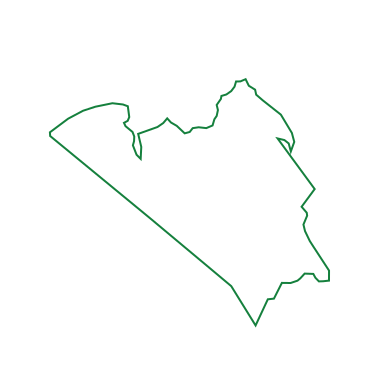 Três Cachoeiras, Rio Grande do Sul, Brazil, rotated 100°
{"feature_id": "56859067B71322436842638", "entity_name": "Três Cachoeiras", "entity_type": "district", "adm_level": 2, "iso_a3": "BRA", "parent_name": "Brazil", "parent_adm1": "Rio Grande do Sul", "projection": "equal_earth", "projection_center": [-49.987, -29.489], "detail": "fine", "context": "isolated", "style": "outline", "palette": "green", "viewbox_px": 384, "rotation_deg": 100, "n_neighbors": 0, "source": "geoboundaries", "source_scale": "gbopen_adm2", "svg_char_len": 1105}
<svg xmlns="http://www.w3.org/2000/svg" viewBox="0 0 384 384"><g transform="rotate(100 192 192)"><path d="M312.4,106.2L284.5,98.7L282.8,92.8L265.9,87.7L264.5,79.1L261.0,72.7L258.3,70.4L252.8,66.9L251.6,58.3L255.0,55.6L258.0,51.5L257.1,47.3L255.5,41.7L245.6,43.4L224.9,62.8L219.8,67.5L210.9,73.9L204.7,76.6L195.3,74.5L192.5,75.4L187.5,81.5L167.8,71.7L127.2,114.1L124.4,117.0L124.8,110.0L127.4,105.2L134.9,101.7L124.9,100.0L116.5,103.9L100.4,117.9L89.4,138.3L85.0,145.7L80.3,147.6L77.5,154.5L71.6,158.8L74.7,163.6L75.5,167.8L80.9,168.4L85.8,170.9L90.0,175.1L92.3,179.7L95.3,179.7L102.0,182.8L106.8,180.7L112.8,180.9L116.5,182.6L122.9,183.3L126.6,189.0L127.1,196.7L129.0,202.4L133.3,204.7L135.5,209.4L129.5,218.5L127.2,224.8L123.8,229.2L129.1,232.3L134.0,237.3L144.1,255.1L156.4,249.8L168.3,248.3L164.9,253.1L156.3,258.3L152.0,257.9L147.4,258.5L143.2,261.0L138.7,268.9L135.7,271.0L133.1,267.7L129.1,266.8L118.7,270.1L117.8,275.2L118.4,285.8L124.8,302.0L130.9,313.4L141.3,326.7L157.9,342.3L161.5,341.4L224.4,230.0L265.9,157.8L277.9,137.0L312.4,106.2Z" fill="none" stroke="#15803d" stroke-width="2"/></g></svg>